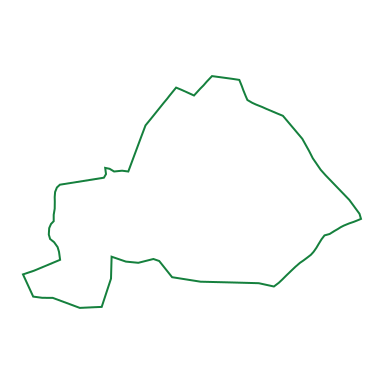 Aroeiras do Itaim, Piauí, Brazil
{"feature_id": "56859067B23103915358992", "entity_name": "Aroeiras do Itaim", "entity_type": "district", "adm_level": 2, "iso_a3": "BRA", "parent_name": "Brazil", "parent_adm1": "Piauí", "projection": "robinson", "projection_center": [-41.534, -7.243], "detail": "fine", "context": "isolated", "style": "outline", "palette": "green", "viewbox_px": 384, "rotation_deg": 0, "n_neighbors": 0, "source": "geoboundaries", "source_scale": "gbopen_adm2", "svg_char_len": 1301}
<svg xmlns="http://www.w3.org/2000/svg" viewBox="0 0 384 384"><path d="M282.9,115.8L278.0,113.8L266.4,108.9L262.2,107.0L255.9,104.5L252.2,102.8L247.4,100.0L245.7,96.1L243.3,90.2L241.9,86.3L239.3,79.9L232.0,78.8L223.9,77.7L212.0,76.1L206.7,81.7L203.4,85.5L200.2,88.7L194.0,95.5L181.2,89.7L176.1,87.6L169.5,95.7L167.2,98.7L163.6,103.0L153.0,116.2L145.5,125.4L143.1,131.8L141.7,135.5L128.3,171.5L122.1,170.7L114.1,171.5L109.6,168.8L105.2,167.9L106.0,174.1L103.9,177.7L59.9,184.7L56.9,187.5L55.1,192.0L54.7,197.1L54.8,201.8L54.7,208.7L53.7,214.8L53.7,221.2L51.0,224.0L49.2,228.1L48.8,234.5L50.1,239.0L54.1,242.2L57.6,247.1L59.0,251.8L60.1,259.8L34.0,270.7L23.0,274.4L33.2,296.6L42.2,297.8L52.8,297.9L79.8,307.9L94.6,307.2L101.7,306.9L111.0,278.6L111.6,256.7L125.9,261.6L138.3,262.8L153.4,259.0L159.2,261.0L172.1,277.2L200.6,281.7L225.3,282.3L233.1,282.5L258.8,283.2L273.9,286.5L278.8,282.8L282.3,279.5L286.3,275.5L291.6,270.4L295.5,266.7L300.0,262.8L303.4,260.5L307.4,257.5L310.9,254.8L313.6,251.8L316.4,247.8L318.7,243.9L321.6,239.2L324.5,235.4L329.6,234.0L334.2,231.1L337.7,229.1L340.7,227.2L343.8,225.6L349.2,223.4L353.6,221.9L356.9,220.6L361.0,218.9L359.5,213.8L349.3,199.9L325.6,175.3L320.7,169.8L312.8,158.3L309.1,151.0L302.3,138.8L282.9,115.8Z" fill="none" stroke="#15803d" stroke-width="2"/></svg>